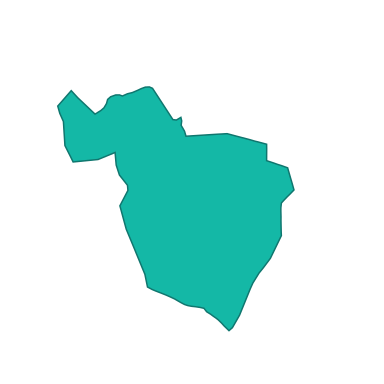 outline of Aroeiras do Itaim, Piauí, Brazil, rotated 66°
{"feature_id": "56859067B23103915358992", "entity_name": "Aroeiras do Itaim", "entity_type": "district", "adm_level": 2, "iso_a3": "BRA", "parent_name": "Brazil", "parent_adm1": "Piauí", "projection": "robinson", "projection_center": [-41.534, -7.243], "detail": "fine", "context": "isolated", "style": "filled", "palette": "teal", "viewbox_px": 384, "rotation_deg": 66, "n_neighbors": 0, "source": "geoboundaries", "source_scale": "gbopen_adm2", "svg_char_len": 1355}
<svg xmlns="http://www.w3.org/2000/svg" viewBox="0 0 384 384"><g transform="rotate(66 192 192)"><path d="M268.2,128.1L264.1,126.5L254.4,122.4L250.9,120.8L245.6,118.6L242.5,117.2L238.4,114.8L237.0,111.6L235.0,106.7L233.8,103.4L231.6,98.0L225.5,97.1L218.7,96.2L208.8,94.8L204.3,99.5L201.5,102.7L198.9,105.4L193.7,111.1L182.9,106.2L178.7,104.4L173.1,111.3L171.2,113.8L168.2,117.3L159.3,128.4L153.0,136.2L151.0,141.5L149.8,144.6L138.6,174.8L133.4,174.1L126.7,174.8L122.9,172.5L119.3,171.8L119.9,177.0L118.1,180.0L81.2,185.9L78.7,188.2L77.2,192.0L76.9,196.3L77.0,200.2L76.9,206.0L76.0,211.1L76.0,216.5L73.8,218.8L72.3,222.3L71.9,227.6L73.1,231.4L76.4,234.1L79.3,238.2L80.5,242.1L81.4,248.9L59.5,258.0L50.3,261.1L58.9,279.7L66.4,280.8L75.3,280.8L97.9,289.2L110.3,288.6L116.2,288.4L124.1,264.6L124.6,246.2L136.6,250.3L147.0,251.4L159.6,248.2L164.5,249.9L175.3,263.5L199.2,267.2L220.0,267.7L226.5,267.9L248.0,268.5L260.7,271.3L264.8,268.1L267.7,265.4L271.1,262.0L275.5,257.7L278.8,254.7L282.6,251.4L285.4,249.4L288.8,246.9L291.7,244.6L294.0,242.1L296.3,238.8L298.2,235.5L300.7,231.6L303.1,228.4L307.4,227.3L311.2,224.7L314.1,223.1L316.7,221.5L319.3,220.1L323.8,218.3L327.5,217.1L330.2,216.0L333.7,214.6L332.4,210.3L323.9,198.7L304.0,178.0L299.9,173.4L293.3,163.7L290.2,157.6L284.5,147.4L268.2,128.1Z" fill="#14b8a6" stroke="#0f766e" stroke-width="1.5"/></g></svg>